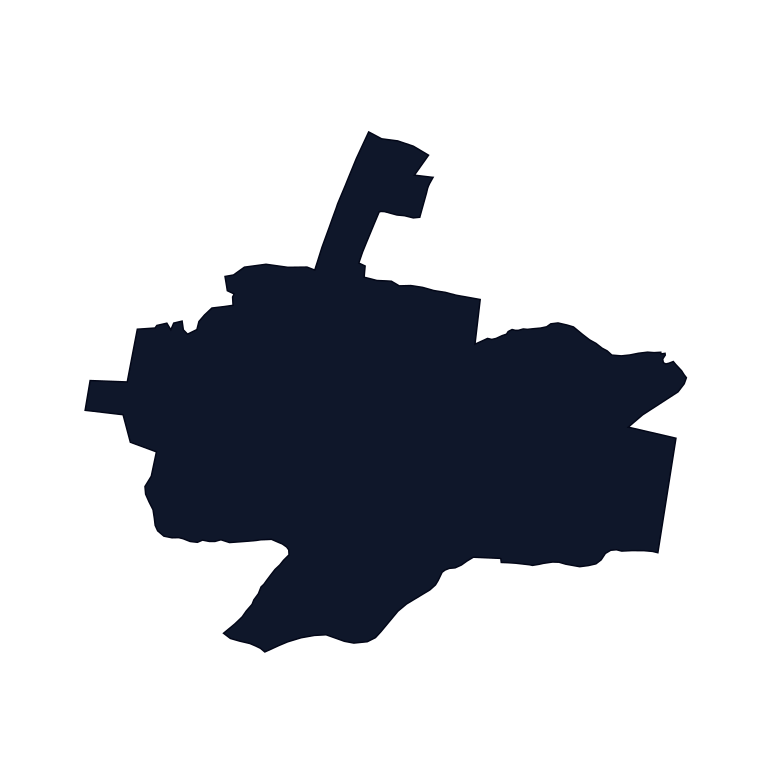 the district of Metapa, Chiapas, Mexico, rotated 80°
{"feature_id": "50627088B53896362948042", "entity_name": "Metapa", "entity_type": "district", "adm_level": 2, "iso_a3": "MEX", "parent_name": "Mexico", "parent_adm1": "Chiapas", "projection": "robinson", "projection_center": [-92.205, 14.822], "detail": "fine", "context": "isolated", "style": "filled", "palette": "ink", "viewbox_px": 768, "rotation_deg": 80, "n_neighbors": 0, "source": "geoboundaries", "source_scale": "gbopen_adm2", "svg_char_len": 3486}
<svg xmlns="http://www.w3.org/2000/svg" viewBox="0 0 768 768"><g transform="rotate(80 384 384)"><path d="M250.5,521.9L260.3,522.0L264.9,522.1L269.3,515.9L272.0,518.0L280.3,519.0L280.0,528.2L279.3,540.3L284.8,548.7L290.3,555.4L297.9,558.8L300.8,568.8L295.8,572.2L287.0,571.9L287.5,580.5L293.6,584.5L286.4,587.3L286.9,597.5L289.1,599.8L287.6,613.9L287.2,617.4L305.0,624.2L337.4,636.5L329.6,672.8L358.0,682.9L360.4,674.8L367.9,649.8L368.9,646.3L397.3,643.9L411.3,619.9L434.4,629.2L440.4,634.5L443.4,637.2L451.1,637.9L459.5,635.8L467.7,633.3L476.4,633.5L483.5,633.9L489.3,632.4L495.6,627.2L498.6,619.6L499.3,615.1L499.7,612.7L501.2,609.3L501.6,608.5L505.4,602.3L506.1,600.0L507.5,595.2L506.2,589.8L506.4,589.4L508.2,584.7L508.8,583.1L509.2,580.8L509.7,577.8L509.2,573.1L509.1,571.6L513.3,563.7L514.5,552.1L515.2,545.0L515.7,539.6L515.9,536.7L516.0,532.4L516.4,529.6L517.1,524.4L517.4,521.8L518.4,520.3L522.1,514.7L523.8,512.0L527.7,508.1L528.2,507.9L530.8,506.6L535.8,507.2L536.3,508.0L540.2,513.6L544.1,518.0L547.7,523.5L552.4,528.7L556.8,533.4L560.4,537.1L562.5,540.3L568.7,544.1L573.9,549.6L578.1,552.2L583.5,558.9L588.7,564.1L593.4,571.1L594.4,572.6L601.6,585.3L607.9,579.5L612.1,570.9L616.3,561.1L619.7,555.9L622.8,551.6L627.2,547.9L623.3,532.9L621.2,523.7L619.5,509.7L619.5,496.2L620.9,484.6L626.1,475.4L630.5,467.7L633.9,458.7L634.9,445.2L632.3,436.5L627.5,430.2L610.2,409.8L604.6,400.1L594.7,374.5L590.8,368.2L586.9,364.8L579.5,359.5L577.8,356.1L576.9,351.7L577.4,345.9L575.7,339.2L572.7,332.9L570.1,326.1L575.9,299.8L576.3,299.3L580.1,299.5L581.5,293.0L583.3,285.6L587.3,272.0L588.4,269.3L588.5,262.5L588.3,258.3L588.5,251.8L588.6,248.9L589.9,242.6L593.0,236.3L597.9,223.0L598.3,214.3L597.9,206.5L594.9,200.7L589.3,195.4L587.1,189.6L587.6,183.8L589.8,179.0L591.1,168.8L593.3,156.8L595.5,148.6L597.7,143.6L488.1,105.9L468.9,151.0L459.3,134.7L442.8,95.8L435.9,88.3L430.3,85.1L426.9,86.9L422.7,88.6L415.3,93.4L412.1,95.2L413.0,99.7L413.2,103.0L411.5,105.2L407.8,105.2L404.4,102.0L402.6,101.9L402.5,106.0L400.8,105.9L400.0,112.6L398.4,118.9L397.9,128.1L398.1,136.9L397.5,145.4L395.1,154.6L390.2,158.4L386.6,163.0L380.8,168.2L377.6,172.2L376.1,174.0L369.5,180.0L362.1,186.3L360.7,187.5L357.7,193.5L357.2,194.7L354.1,202.0L353.7,209.3L355.9,213.9L356.1,220.2L355.5,227.2L355.1,233.3L354.0,237.2L354.0,237.6L354.5,242.4L354.0,245.3L352.6,248.4L353.9,252.6L356.2,254.7L356.9,259.3L358.6,265.7L358.8,269.6L358.8,270.2L357.1,274.1L358.1,277.8L360.6,287.5L317.5,274.6L311.9,289.8L310.8,292.9L310.2,294.5L309.2,297.2L308.8,298.2L307.8,300.2L306.7,302.8L305.5,305.3L304.4,307.7L301.5,316.2L300.5,319.0L299.5,321.0L298.1,323.9L295.6,329.1L295.0,330.8L293.6,334.9L292.6,337.8L291.7,340.6L291.3,343.3L290.0,352.0L288.9,353.2L287.0,355.4L285.6,357.1L284.1,358.8L283.0,363.3L281.0,372.3L280.8,373.1L278.3,378.5L275.4,385.0L270.4,383.7L264.5,382.1L260.5,387.8L250.5,382.3L242.2,377.1L224.3,365.7L213.6,358.8L213.6,356.7L214.3,353.6L219.8,341.9L221.8,334.6L225.5,326.3L226.0,319.8L225.5,319.6L219.4,316.7L203.3,309.0L199.1,307.2L196.8,305.9L194.5,304.3L189.0,299.8L188.7,301.0L183.6,317.8L166.4,300.4L160.3,307.5L154.9,313.8L147.8,326.8L147.0,328.2L142.1,343.8L141.6,344.4L133.1,355.3L153.0,369.2L157.0,372.0L175.5,383.7L181.6,387.5L197.9,398.0L198.9,398.6L202.4,400.5L211.9,406.0L220.2,410.7L238.5,421.3L252.0,428.3L256.7,430.8L259.8,432.4L255.5,439.5L252.4,458.4L245.6,479.4L245.0,493.9L244.7,501.2L250.5,513.3L250.5,517.6L250.5,521.9Z" fill="#0f172a" stroke="#020617" stroke-width="1.5"/></g></svg>